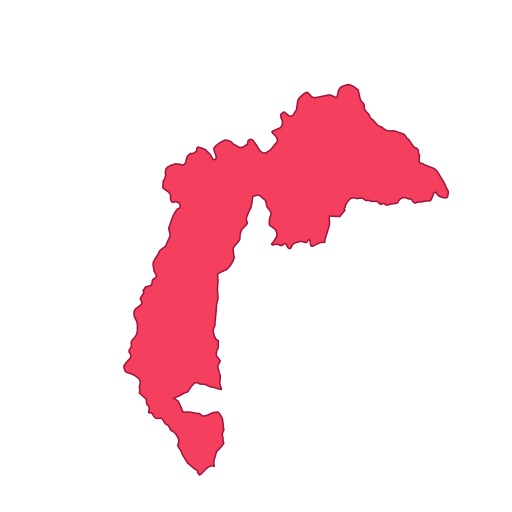 Shumer, Pemagatsel, Bhutan (Robinson projection), rotated 47°
{"feature_id": "84629894B11783061729770", "entity_name": "Shumer", "entity_type": "district", "adm_level": 2, "iso_a3": "BTN", "parent_name": "Bhutan", "parent_adm1": "Pemagatsel", "projection": "robinson", "projection_center": [91.402, 27.089], "detail": "fine", "context": "isolated", "style": "filled", "palette": "rose", "viewbox_px": 512, "rotation_deg": 47, "n_neighbors": 0, "source": "geoboundaries", "source_scale": "gbopen_adm2", "svg_char_len": 6087}
<svg xmlns="http://www.w3.org/2000/svg" viewBox="0 0 512 512"><g transform="rotate(47 256 256)"><path d="M167.1,276.8L168.9,278.8L168.0,281.4L168.6,284.7L169.7,288.4L172.6,294.4L174.1,296.9L175.8,300.5L177.3,301.7L180.6,303.4L182.8,305.2L185.9,312.8L187.2,315.3L186.5,321.2L186.6,323.2L188.1,326.8L189.1,331.5L190.5,335.3L192.1,337.2L197.6,340.9L202.6,342.2L203.4,343.8L202.9,346.9L203.0,348.3L205.1,350.8L205.7,352.3L205.7,353.5L203.2,358.0L204.0,360.1L204.0,361.8L204.8,362.5L205.9,362.5L206.6,364.1L208.0,369.3L208.4,370.0L210.5,370.3L212.0,371.3L212.7,371.4L213.2,372.7L212.6,379.6L212.7,381.1L213.7,383.5L217.1,386.3L222.1,387.7L225.1,389.4L229.4,393.4L230.9,395.3L232.2,397.7L232.8,400.6L233.1,404.0L233.9,406.1L235.9,407.7L237.1,408.8L238.0,411.3L238.2,413.0L239.6,414.2L242.1,414.7L243.4,415.3L244.3,416.4L245.0,417.8L245.1,420.0L245.4,423.6L246.1,427.2L247.4,428.6L250.5,430.2L252.7,430.1L255.3,428.5L259.0,426.8L262.7,425.7L266.0,425.3L268.8,426.3L270.9,428.4L271.4,429.6L272.9,431.2L275.1,432.6L276.6,434.8L285.7,433.9L289.0,436.3L290.4,437.1L293.0,437.0L294.6,437.9L297.2,441.3L298.1,440.9L299.5,439.5L300.6,439.4L303.4,440.1L305.9,440.0L307.6,439.0L309.5,436.3L311.0,435.7L313.2,435.8L314.2,436.4L316.7,436.7L318.2,436.5L319.5,435.8L320.8,435.8L325.3,437.2L328.0,436.3L330.6,435.9L334.6,436.7L337.1,437.6L338.7,438.7L341.3,442.6L344.1,443.3L347.6,443.8L351.0,445.3L360.9,447.2L369.2,446.2L372.7,445.2L375.0,446.5L377.6,446.7L378.0,444.9L377.7,438.7L377.7,436.6L377.9,434.6L378.4,433.0L379.1,431.5L379.9,430.8L381.3,430.0L377.6,427.2L375.8,424.5L374.9,422.5L372.7,419.3L372.1,416.9L372.0,413.9L371.6,409.9L370.9,407.1L369.2,406.5L366.8,404.4L363.1,402.1L361.5,398.4L353.5,392.4L351.7,391.4L349.3,390.7L346.1,390.2L344.1,390.2L341.1,394.4L339.1,400.6L336.8,404.2L332.6,404.8L330.8,406.6L324.9,410.9L320.3,415.9L315.3,413.9L309.1,411.9L304.0,413.1L304.4,411.5L306.0,407.6L307.5,401.2L308.6,399.3L308.7,398.6L308.6,397.8L308.0,395.9L307.2,391.4L307.2,390.3L307.0,389.2L307.0,388.1L307.4,386.8L309.0,385.0L311.5,384.3L314.8,381.0L320.2,378.8L325.0,375.4L327.8,374.0L329.9,372.6L329.6,371.9L327.0,370.8L324.6,369.5L322.9,367.7L321.3,365.8L319.1,363.6L316.4,362.6L312.0,360.1L310.1,358.7L309.6,357.2L309.0,354.9L308.4,353.7L305.3,353.2L301.9,353.0L301.1,352.4L300.1,351.1L299.2,350.5L298.7,349.7L298.1,347.9L297.2,346.0L292.3,341.4L289.6,342.0L286.2,341.1L281.1,338.2L278.7,333.3L276.0,330.6L272.0,325.9L264.0,317.2L261.0,312.5L253.9,306.8L248.6,301.0L242.9,296.3L243.3,294.4L245.9,286.5L245.7,283.0L245.3,280.5L244.2,276.8L242.9,273.9L241.7,272.5L238.6,270.6L235.3,268.1L234.7,267.1L234.0,264.3L233.5,259.2L233.2,257.7L232.7,256.4L229.4,252.9L228.1,250.8L227.1,248.5L226.9,247.8L226.4,240.1L225.1,239.5L221.8,237.5L218.4,230.3L217.5,227.5L216.9,226.3L214.9,223.4L210.2,217.8L210.7,217.0L211.6,214.9L212.7,213.1L213.7,212.2L221.9,211.2L227.6,214.5L231.8,214.8L234.9,215.6L236.4,217.9L238.3,221.1L240.7,223.7L242.8,225.1L249.9,223.7L253.6,225.1L255.8,227.5L257.2,232.2L257.7,235.6L258.1,236.6L258.9,236.6L259.7,235.8L260.6,233.8L261.9,232.5L263.6,231.5L265.4,230.8L265.9,230.0L266.5,227.0L267.3,226.0L268.3,226.0L270.8,226.9L272.3,226.9L273.6,226.3L273.9,225.6L273.8,224.5L272.9,222.5L272.6,221.4L272.6,220.1L272.9,219.0L273.5,217.5L275.8,213.3L277.4,212.1L279.3,211.1L280.4,210.2L280.6,209.0L279.9,207.1L280.1,206.1L280.8,205.9L282.0,206.3L285.4,208.8L286.3,208.9L287.3,208.3L287.9,206.8L288.6,203.9L289.9,200.2L290.6,199.1L292.8,196.4L292.2,195.9L290.7,193.9L287.2,187.6L283.3,181.1L281.7,179.3L278.9,177.2L276.9,175.0L284.3,167.8L283.2,159.8L281.7,159.4L281.1,157.4L279.9,155.9L278.8,152.4L278.3,148.1L279.6,145.2L283.1,142.8L284.7,140.3L286.4,138.6L289.8,138.0L291.0,137.2L291.8,135.9L295.0,134.1L298.5,130.4L299.6,130.0L302.5,129.9L303.3,129.6L303.9,128.5L304.3,127.0L305.6,126.4L307.2,126.2L308.1,125.5L310.5,121.2L312.7,118.2L313.7,116.1L312.9,114.0L312.7,112.3L312.9,110.5L313.3,109.4L314.5,107.6L316.5,106.2L317.6,105.9L319.0,104.9L319.7,104.1L320.6,103.6L323.8,104.2L324.7,104.1L326.0,103.3L326.3,102.3L327.7,99.9L329.3,98.1L331.7,94.1L334.3,91.2L334.5,90.2L333.1,86.7L331.3,83.1L331.3,81.8L332.4,81.1L335.2,81.5L337.5,81.2L339.6,80.2L341.3,79.0L342.8,77.8L343.4,76.9L343.4,75.6L341.3,72.6L339.9,71.3L336.5,70.4L330.6,68.4L317.7,65.7L313.7,66.0L304.5,70.4L301.8,71.3L300.3,72.3L299.0,72.6L297.3,71.5L294.4,68.3L293.6,67.7L291.1,66.6L290.5,66.0L289.7,65.4L288.6,65.0L286.8,65.0L284.9,66.0L284.0,66.1L282.5,66.0L275.7,65.0L275.0,64.8L273.8,65.1L272.5,65.3L270.8,64.9L268.4,64.8L267.4,65.0L264.9,66.2L258.8,69.6L258.1,70.1L256.0,72.6L254.9,73.6L253.3,74.8L251.5,75.5L247.6,76.1L246.4,76.6L244.8,77.5L243.4,77.8L235.8,77.7L234.0,78.1L232.9,78.1L230.4,77.2L228.4,76.9L224.2,76.9L223.2,76.6L221.8,75.9L220.0,74.3L218.8,73.6L216.9,73.3L214.8,73.4L213.4,73.2L212.2,72.7L205.5,68.8L204.2,67.9L202.0,68.5L199.3,68.9L196.1,69.9L193.5,71.6L191.4,75.7L190.3,78.8L190.9,82.2L194.9,88.2L194.6,89.3L192.6,90.3L189.4,91.5L187.7,93.2L181.6,103.2L179.8,105.6L177.9,106.6L171.6,106.7L170.5,107.9L169.9,110.7L169.9,116.9L170.9,119.6L176.6,126.6L178.2,132.5L177.9,134.8L176.1,136.3L170.2,137.1L169.3,138.0L169.3,139.2L169.5,141.5L171.5,143.2L175.3,144.7L177.8,147.0L178.9,150.4L176.0,158.4L176.1,159.8L177.7,160.0L182.3,159.8L185.3,161.0L186.7,161.9L188.3,173.3L187.2,178.4L185.6,180.7L181.4,181.4L174.9,180.0L169.9,179.4L167.8,179.6L166.6,180.8L166.2,183.0L168.1,185.5L168.1,188.0L167.4,191.8L165.1,194.2L158.7,196.2L155.0,196.4L151.9,198.0L149.9,199.7L148.3,205.9L148.0,210.9L148.5,213.4L151.0,215.1L155.4,216.9L157.2,218.1L157.6,220.0L156.3,221.5L153.7,221.1L150.9,220.2L143.9,220.4L141.8,221.2L136.7,224.1L136.6,225.2L137.7,226.7L138.9,227.8L138.1,232.0L136.2,234.3L136.2,238.1L138.0,241.3L139.2,242.9L140.2,245.5L139.4,247.9L137.0,249.0L133.6,252.2L131.5,256.8L130.7,260.0L131.0,262.7L133.2,265.6L135.4,267.0L137.4,270.4L138.0,273.0L139.1,273.9L141.2,276.4L142.3,277.5L143.4,277.7L149.0,276.5L152.0,276.4L154.0,277.7L155.6,279.4L156.7,280.1L158.5,280.6L159.4,280.6L160.4,279.9L161.2,277.9L164.3,276.2L165.3,276.3L167.1,276.8Z" fill="#f43f5e" stroke="#9f1239" stroke-width="1.5"/></g></svg>